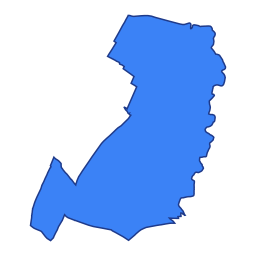 the district of Cuautlancingo, Puebla, Mexico
{"feature_id": "50627088B22654008154973", "entity_name": "Cuautlancingo", "entity_type": "district", "adm_level": 2, "iso_a3": "MEX", "parent_name": "Mexico", "parent_adm1": "Puebla", "projection": "albers", "projection_center": [-98.25, 19.119], "detail": "fine", "context": "isolated", "style": "filled", "palette": "blue", "viewbox_px": 256, "rotation_deg": 0, "n_neighbors": 0, "source": "geoboundaries", "source_scale": "gbopen_adm2", "svg_char_len": 5826}
<svg xmlns="http://www.w3.org/2000/svg" viewBox="0 0 256 256"><path d="M179.9,24.0L170.4,21.5L155.6,17.5L151.6,16.2L147.9,15.6L144.5,15.6L141.1,15.8L136.0,16.2L133.9,16.4L132.7,16.3L131.3,16.0L129.8,15.5L128.2,15.4L127.7,16.5L125.6,20.2L124.8,21.9L122.6,25.5L119.0,32.2L114.0,41.1L116.1,42.7L115.5,43.7L111.8,49.7L108.7,54.5L107.6,56.4L115.4,60.4L116.5,61.2L117.0,61.4L117.6,61.6L118.5,62.0L119.5,62.6L119.5,63.8L119.8,64.2L120.7,64.5L121.8,64.8L124.2,66.5L123.2,68.7L131.2,74.4L134.0,76.5L131.1,83.3L134.6,85.4L136.7,86.8L127.1,108.8L126.9,108.5L126.5,108.3L126.1,108.0L124.8,107.4L124.4,107.3L123.9,106.8L125.1,109.0L125.5,109.7L126.9,111.1L127.4,111.8L127.7,112.4L128.1,113.3L128.4,113.5L128.8,113.6L129.3,113.4L129.2,113.6L129.2,113.9L129.3,114.4L129.5,114.6L130.8,115.2L128.3,118.7L123.5,123.4L121.2,125.7L117.9,127.9L115.7,129.9L114.1,131.5L109.6,135.8L106.7,138.3L103.7,141.1L102.2,142.7L101.2,143.9L91.9,157.0L89.1,161.2L82.5,170.8L79.9,174.9L78.7,176.7L77.0,180.7L76.6,182.2L76.0,183.6L75.8,184.3L75.7,184.9L74.4,183.5L71.3,179.3L70.6,179.1L69.8,177.8L67.7,175.1L66.8,174.0L65.4,172.7L63.7,170.6L62.9,169.6L62.3,168.6L61.7,167.9L61.3,167.2L61.1,165.4L61.1,163.7L60.6,162.9L58.6,160.8L57.3,159.9L55.8,159.0L54.3,157.7L53.9,157.2L50.4,165.8L50.9,166.4L50.8,166.7L50.7,167.3L50.4,167.8L50.1,167.9L47.7,172.8L47.0,174.6L45.2,178.3L43.8,181.6L41.9,185.3L40.9,188.7L36.9,197.1L35.6,200.1L34.7,202.4L33.0,207.8L32.6,208.5L32.7,208.8L32.4,210.4L32.2,212.7L32.0,213.5L32.0,214.4L31.7,215.2L31.7,216.7L31.6,218.1L31.3,219.9L30.5,225.5L32.9,227.4L33.9,228.1L35.3,228.8L40.4,230.9L41.3,231.4L41.7,231.8L44.7,235.7L45.4,236.6L47.2,238.5L50.6,240.6L52.1,239.1L53.4,237.8L54.0,236.2L55.6,232.9L57.3,229.8L58.4,226.9L61.7,221.3L62.2,220.6L64.6,214.7L66.1,216.4L67.5,217.4L68.5,217.9L74.7,220.3L74.9,220.5L75.0,220.5L75.2,220.4L80.2,222.2L81.9,222.8L88.4,225.1L93.3,226.5L102.1,228.1L111.4,229.9L112.3,230.8L115.2,232.3L123.1,236.7L128.6,240.3L134.7,235.1L136.2,233.6L137.4,232.6L139.0,231.2L140.9,229.8L143.8,228.4L146.2,227.4L156.8,225.4L160.0,224.9L161.0,224.8L165.9,223.9L169.7,223.3L171.3,223.2L174.7,223.2L173.8,222.0L172.8,220.9L170.6,219.3L169.9,218.7L169.4,218.1L172.6,218.3L178.5,218.4L178.3,217.4L178.0,216.6L181.0,216.4L180.8,213.1L181.9,213.1L182.7,213.5L182.8,213.9L183.0,213.8L184.6,215.3L185.1,215.2L184.8,214.8L184.4,214.3L183.4,211.8L182.8,210.7L182.3,210.1L181.6,209.4L181.2,208.7L180.5,207.9L179.2,206.5L178.6,205.3L178.5,204.3L179.1,202.3L180.3,199.1L180.9,198.2L181.4,197.9L182.2,197.8L183.1,197.8L186.8,196.9L188.2,196.7L190.6,196.6L192.0,196.3L192.8,196.0L193.4,195.8L193.7,195.5L193.9,194.9L194.0,194.3L194.1,193.6L194.0,192.7L194.1,192.0L194.0,190.9L194.2,189.4L194.1,188.1L194.2,187.2L194.1,186.1L194.1,184.3L194.3,183.1L194.4,181.7L194.3,181.0L193.6,180.5L192.4,179.8L191.8,179.3L191.6,178.5L191.9,177.7L192.0,176.9L192.5,176.1L193.1,175.4L193.9,174.7L194.4,173.6L195.0,172.9L195.5,172.4L195.9,172.3L196.3,172.2L197.5,172.4L198.1,172.6L198.6,172.5L199.1,172.3L199.9,171.9L200.8,171.5L201.4,171.1L201.7,170.9L202.2,170.3L202.5,169.8L203.0,168.9L203.3,168.7L203.4,168.3L203.4,168.0L203.2,167.6L202.9,166.7L202.5,166.3L202.3,166.0L202.2,165.5L202.1,164.6L202.0,164.4L201.8,164.3L201.5,163.8L201.1,163.6L200.6,162.7L200.3,162.1L200.1,161.7L199.7,161.2L199.5,160.4L199.5,160.1L199.6,158.7L199.7,158.4L199.7,158.0L199.8,157.6L199.9,157.4L200.7,157.3L202.1,157.2L203.5,156.8L204.3,156.7L205.2,156.8L206.0,156.6L206.4,156.2L206.6,155.3L206.9,154.0L207.1,153.2L207.5,152.0L207.9,151.3L208.3,150.3L208.7,149.4L209.7,147.7L209.8,147.3L210.0,146.5L210.0,145.7L209.7,144.8L209.6,143.8L209.8,143.0L210.0,142.7L211.4,141.7L212.1,141.0L212.3,140.7L212.9,140.2L213.2,139.8L213.3,139.3L213.4,138.8L213.5,138.4L213.6,138.1L213.8,137.5L213.8,137.3L213.4,136.8L212.0,135.6L211.4,135.2L210.5,134.9L209.6,134.3L209.0,133.7L208.5,133.4L207.1,132.7L206.1,132.0L205.9,131.6L205.6,131.4L205.4,130.9L205.4,130.4L205.2,130.1L205.1,129.6L205.2,129.1L205.6,128.6L206.1,127.8L206.7,127.3L207.2,127.0L207.7,126.9L208.6,126.8L210.2,126.2L211.0,125.7L211.8,125.1L212.1,124.4L212.4,124.1L212.6,123.6L212.8,123.3L213.0,122.8L213.4,122.0L214.1,121.8L214.5,121.3L214.7,120.7L214.8,120.0L215.1,117.8L215.1,117.0L214.9,116.4L214.6,115.7L214.1,115.2L213.8,115.0L213.0,114.8L212.2,114.5L210.7,114.6L209.5,114.2L208.7,113.9L208.9,112.6L209.3,111.8L209.8,110.4L210.1,108.7L210.3,107.1L210.0,105.8L209.9,105.2L209.6,104.6L209.4,103.1L209.4,102.7L209.3,102.2L209.3,101.1L209.5,100.7L210.3,100.0L211.6,98.7L212.1,98.2L213.0,97.2L213.7,96.2L214.0,96.0L214.3,95.7L214.1,94.9L213.7,94.4L213.4,94.3L212.5,94.2L212.2,94.0L212.1,93.9L212.0,93.5L212.0,92.7L212.0,92.4L212.1,91.9L212.4,90.7L212.6,89.4L212.8,88.8L212.8,88.4L213.0,88.1L213.1,87.4L213.0,87.0L213.1,86.8L213.2,86.6L213.6,86.3L214.0,85.9L214.6,85.5L216.6,84.9L217.2,84.9L218.4,85.1L220.3,85.7L221.1,85.9L221.8,85.8L222.3,85.7L222.8,85.3L223.1,85.0L223.4,84.6L223.7,84.1L224.5,81.6L225.2,77.5L224.8,75.9L224.3,74.8L223.5,73.6L222.2,72.4L221.7,71.3L221.9,70.7L222.5,70.2L224.1,69.5L224.7,69.1L225.3,68.4L225.5,67.3L225.5,66.8L225.2,66.2L224.3,64.1L223.7,62.8L223.0,61.6L222.5,59.8L219.6,55.4L218.7,54.8L216.7,54.2L215.8,54.2L215.5,53.8L214.8,52.5L214.3,51.7L213.3,50.3L211.4,48.1L211.3,47.5L211.4,47.3L212.0,46.3L213.1,45.0L213.5,44.2L213.9,41.3L213.6,39.5L213.4,38.5L213.6,37.9L214.0,37.0L214.8,35.8L215.0,35.0L215.2,34.0L215.0,33.0L214.3,32.0L213.3,31.0L212.3,30.1L212.1,28.3L211.2,26.9L210.5,26.3L209.6,26.1L208.3,26.0L206.4,26.1L204.0,26.2L201.7,26.3L200.3,26.5L199.3,26.1L198.7,25.7L196.4,25.2L194.7,24.9L193.7,24.9L192.9,25.3L192.5,25.9L192.4,27.1L192.1,27.6L191.6,28.3L191.1,28.6L190.8,28.7L190.6,28.5L190.6,28.2L190.7,27.8L190.6,26.8L190.9,24.8L190.6,23.7L190.0,23.2L189.3,23.0L188.3,23.3L186.4,23.9L184.3,24.5L182.6,24.5L179.9,24.0Z" fill="#3b82f6" stroke="#1e3a8a" stroke-width="1.5"/></svg>